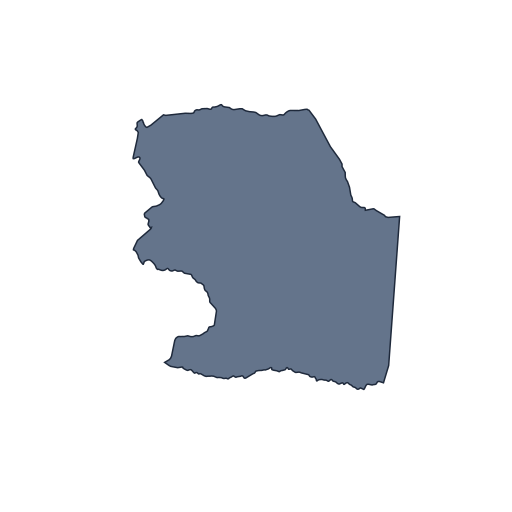 the Province of Masvingo, rotated 322°
{"feature_id": "ZWE-532", "entity_name": "Masvingo", "entity_type": "Province", "adm_level": 1, "iso_a3": "ZWE", "parent_name": "Zimbabwe", "parent_adm1": "", "projection": "albers", "projection_center": [30.801, -20.777], "detail": "fine", "context": "isolated", "style": "filled", "palette": "slate", "viewbox_px": 512, "rotation_deg": 322, "n_neighbors": 0, "source": "natural_earth", "source_scale": "10m", "svg_char_len": 6120}
<svg xmlns="http://www.w3.org/2000/svg" viewBox="0 0 512 512"><g transform="rotate(322 256 256)"><path d="M271.5,430.8L270.7,430.5L269.1,429.5L268.4,429.3L267.7,428.7L265.6,426.2L264.5,425.5L263.0,425.7L259.6,427.4L258.8,427.5L257.4,424.8L257.0,424.2L255.1,424.1L254.4,423.8L253.9,423.4L253.6,422.7L253.4,421.3L253.2,420.6L252.0,418.9L251.8,418.1L251.7,416.7L250.7,414.7L250.3,412.4L249.9,411.9L249.1,411.6L248.4,411.5L246.6,411.5L246.2,411.2L246.3,410.0L246.2,409.4L245.7,409.0L244.6,408.6L243.1,408.3L242.6,408.0L242.1,407.4L241.7,406.4L241.3,404.3L241.0,403.8L239.8,402.2L239.6,401.6L239.6,400.3L239.4,399.8L238.9,399.4L237.9,399.4L236.6,399.5L236.1,399.4L235.7,399.0L235.1,397.5L234.6,396.8L233.5,395.9L232.9,395.2L232.3,394.3L231.6,393.6L230.1,392.6L229.2,392.2L228.4,392.0L227.2,392.0L226.9,391.7L227.0,391.2L227.6,390.2L227.6,389.1L227.7,388.5L227.9,388.0L227.9,387.5L227.6,386.9L225.7,386.0L225.0,385.3L224.3,384.1L224.3,383.4L224.4,382.1L224.2,381.7L219.6,375.8L219.3,375.1L218.8,374.4L218.3,373.9L215.7,372.3L215.3,371.8L214.2,368.7L214.2,367.5L214.1,366.8L213.7,366.3L212.3,365.6L211.9,365.2L212.1,363.9L212.0,363.3L211.7,363.0L211.0,362.9L210.0,363.3L209.4,363.5L208.8,363.5L206.4,362.5L205.2,361.8L204.6,361.6L203.5,361.6L203.0,361.4L202.2,360.0L201.7,359.2L199.6,356.9L198.7,355.6L198.6,355.2L198.8,354.8L199.4,354.0L199.4,353.5L199.1,353.1L198.3,352.8L196.2,352.6L193.1,351.5L192.3,350.7L190.1,349.7L187.6,347.9L185.2,346.7L184.5,346.8L183.0,347.3L182.4,347.3L181.2,346.9L173.0,345.9L172.3,345.7L171.8,345.3L171.6,344.9L171.7,342.8L171.6,342.3L171.2,341.8L170.8,341.5L169.8,341.3L169.1,340.9L167.0,339.7L165.6,339.2L165.2,338.8L164.7,337.3L164.4,336.6L163.5,336.3L161.5,336.1L160.2,335.7L159.7,335.7L158.9,335.8L158.5,335.7L158.1,335.4L157.6,334.5L157.2,333.9L156.4,333.4L155.8,333.1L155.2,332.7L154.6,331.9L153.8,330.5L151.9,328.8L150.8,328.1L150.3,327.6L148.6,324.6L147.0,323.1L145.8,322.4L144.1,321.1L142.6,320.2L141.5,318.6L140.0,314.9L139.5,314.3L138.4,313.8L138.1,313.5L137.9,312.1L137.7,311.6L137.4,311.2L136.6,310.8L135.6,310.6L135.4,310.3L135.2,309.6L135.0,306.6L134.8,305.7L134.4,305.2L133.4,304.6L132.8,304.4L131.9,304.2L131.4,303.7L130.8,302.7L129.8,300.4L129.5,299.4L129.6,298.8L129.8,298.6L129.7,298.4L129.3,297.9L125.5,295.8L120.8,290.4L120.1,288.8L118.5,283.6L123.7,284.3L125.7,284.0L127.8,282.9L139.9,272.6L141.2,271.9L142.1,271.5L143.2,271.4L144.5,271.5L145.2,271.7L145.9,272.1L146.5,272.7L148.7,274.3L149.4,274.9L150.1,275.4L152.8,276.7L153.2,277.0L154.8,279.2L155.8,280.1L157.0,280.9L159.4,281.6L160.0,281.9L161.6,283.6L162.6,284.1L166.2,284.7L168.1,284.7L170.8,285.2L171.6,285.1L172.1,284.9L172.5,284.6L173.7,284.0L174.8,283.3L175.1,283.2L175.6,283.2L177.6,284.3L178.9,284.7L179.6,284.9L180.6,284.8L190.8,275.2L191.5,274.0L191.8,272.3L191.2,264.3L191.4,263.6L191.7,263.1L192.8,261.7L193.2,261.0L193.5,260.4L194.0,257.8L195.1,255.6L195.3,254.3L194.8,252.0L194.8,251.4L195.2,250.0L196.5,247.6L196.7,247.1L196.7,246.4L196.4,245.3L195.9,243.4L194.0,241.6L193.7,241.1L193.4,239.9L193.3,239.2L193.5,237.3L193.4,236.6L192.9,234.8L192.9,234.1L193.0,233.1L193.4,231.9L193.5,231.1L193.4,230.4L189.1,225.6L188.7,224.4L188.6,223.1L188.4,222.5L188.1,222.1L187.7,221.7L185.0,219.8L184.4,218.9L183.7,217.3L183.3,217.0L182.7,216.8L180.9,216.3L180.1,215.7L179.4,214.8L179.0,213.8L179.0,212.0L178.8,211.5L178.4,211.2L177.8,211.1L175.8,211.0L174.7,210.6L173.7,210.1L172.6,209.0L171.1,206.6L170.8,206.2L170.2,206.0L170.0,205.4L170.0,204.2L170.8,201.5L170.9,199.3L170.7,197.1L170.4,195.3L169.9,193.9L169.3,193.1L167.9,192.3L166.2,191.8L164.6,191.6L162.7,192.8L162.1,193.1L161.8,192.8L161.7,189.7L162.3,185.2L163.5,182.8L164.2,178.9L164.0,177.4L163.8,176.6L163.2,175.8L163.5,175.3L164.3,174.7L172.1,170.8L172.6,170.7L189.4,169.9L190.7,169.5L191.2,169.1L190.1,168.9L190.0,168.2L190.3,167.2L190.1,166.5L190.1,166.0L190.3,164.9L190.6,164.4L193.0,162.6L193.9,161.3L193.9,160.7L193.3,159.6L193.3,158.7L192.8,158.1L192.5,157.0L192.6,156.5L193.7,154.3L194.7,153.7L203.5,153.4L204.5,153.4L205.3,153.7L208.1,155.3L211.2,156.1L212.5,156.3L213.8,156.2L216.9,155.4L218.4,154.6L218.6,154.1L218.4,153.7L217.8,153.1L217.6,152.8L217.3,151.1L217.3,149.7L217.6,147.7L218.8,144.2L218.9,143.6L218.7,140.8L218.8,140.0L220.6,131.1L220.7,130.0L220.6,128.8L220.2,127.3L219.8,125.5L220.9,119.7L221.1,110.6L221.3,109.7L222.0,109.2L223.1,108.7L224.5,107.9L225.0,107.0L224.9,106.2L224.3,105.5L223.5,105.1L220.3,104.4L219.6,104.1L219.2,103.7L219.4,103.2L220.2,102.4L234.8,90.4L239.3,86.2L239.5,83.9L239.0,82.9L238.9,82.0L239.1,81.6L241.2,81.2L242.1,80.8L242.8,80.0L243.9,78.3L244.6,77.7L245.7,77.6L249.3,77.9L250.0,78.1L250.0,79.5L249.8,80.3L249.4,80.9L249.5,81.4L249.0,82.5L248.7,83.7L248.6,85.1L248.7,86.4L248.9,87.0L249.2,87.5L253.7,88.2L270.0,87.8L271.4,89.6L288.2,100.0L292.0,103.2L293.3,104.1L294.5,104.7L295.1,104.8L295.7,104.6L296.7,104.0L297.4,103.9L298.5,104.0L299.1,104.2L299.6,104.5L300.7,105.6L301.2,105.9L301.8,106.2L303.8,106.6L304.8,107.2L308.4,109.8L310.0,112.0L310.6,112.4L311.3,112.6L312.9,112.0L313.7,112.1L315.0,113.1L317.3,114.2L318.4,114.5L320.9,114.9L321.6,115.2L322.0,115.6L322.0,117.2L322.3,118.0L322.9,119.0L326.0,122.2L326.4,122.6L327.1,125.0L327.5,125.7L328.4,126.8L329.1,127.3L333.9,130.0L335.1,130.9L335.8,131.5L336.8,134.3L337.3,135.3L339.7,138.2L342.9,141.2L344.2,142.8L345.4,146.8L345.8,147.6L346.6,148.6L347.7,149.5L350.5,150.8L351.1,151.3L351.6,151.8L352.4,153.5L353.2,154.4L354.8,156.0L357.0,157.7L358.3,158.3L361.5,159.1L362.2,159.6L363.7,161.2L364.4,161.7L365.0,161.9L367.4,161.5L369.4,161.5L371.2,161.8L372.6,162.4L379.4,167.8L384.8,170.6L386.6,171.8L386.9,172.8L387.5,173.8L387.3,184.8L381.9,215.7L381.3,231.2L380.4,236.5L378.8,238.6L377.7,245.1L375.6,247.9L374.6,249.5L374.1,251.5L373.9,253.7L372.0,259.4L368.2,266.4L367.7,268.7L367.3,269.8L365.8,272.3L365.9,273.2L366.8,274.6L367.1,275.5L368.1,280.7L368.4,281.7L369.0,282.7L371.2,284.5L371.5,285.6L370.3,287.3L377.5,291.0L378.0,291.5L378.7,294.1L382.3,303.1L382.2,304.7L383.8,306.9L393.5,313.3L293.1,424.0L278.4,434.4L276.0,430.9L275.0,430.1L274.0,430.0L272.3,430.7L271.5,430.8Z" fill="#64748b" stroke="#1e293b" stroke-width="1.5"/></g></svg>